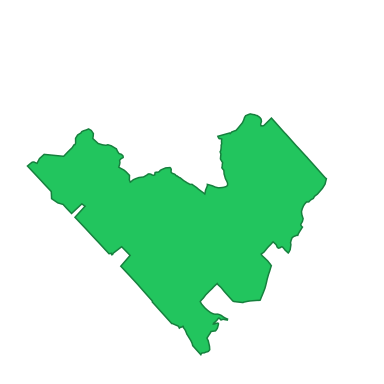 Salah, Ta`izz, Yemen (Albers equal-area conic projection), rotated 228°
{"feature_id": "15242507B73155733495218", "entity_name": "Salah", "entity_type": "district", "adm_level": 2, "iso_a3": "YEM", "parent_name": "Yemen", "parent_adm1": "Ta`izz", "projection": "albers", "projection_center": [44.04, 13.581], "detail": "fine", "context": "isolated", "style": "filled", "palette": "green", "viewbox_px": 384, "rotation_deg": 228, "n_neighbors": 0, "source": "geoboundaries", "source_scale": "gbopen_adm2", "svg_char_len": 5926}
<svg xmlns="http://www.w3.org/2000/svg" viewBox="0 0 384 384"><g transform="rotate(228 192 192)"><path d="M321.4,87.1L311.0,87.3L301.3,87.5L299.2,87.5L297.4,87.5L288.2,87.7L286.5,87.7L281.0,83.2L273.7,85.0L269.0,87.9L266.8,87.9L263.6,87.9L256.6,88.1L256.9,102.2L253.0,103.0L251.5,88.1L243.7,88.3L235.4,88.5L234.0,88.5L227.1,88.6L221.1,88.7L218.0,88.8L209.8,88.9L209.3,88.9L207.2,88.9L204.8,89.0L201.7,89.0L200.9,90.2L200.7,90.8L200.4,91.1L199.9,90.7L199.0,90.4L198.7,91.2L199.2,92.4L199.2,93.0L198.4,103.1L186.3,103.6L184.5,89.4L179.5,89.5L174.9,89.6L161.3,89.8L159.3,89.8L154.6,89.7L143.9,89.6L140.2,89.6L137.4,89.6L136.9,88.9L107.8,88.9L107.2,89.5L103.6,91.1L101.8,92.0L100.5,91.9L99.3,91.5L99.1,93.3L98.5,93.9L98.3,95.4L98.0,95.6L97.0,94.9L94.8,94.7L94.2,94.6L92.5,94.1L89.6,93.0L89.2,93.0L86.0,92.4L82.7,91.8L82.3,91.7L79.7,90.9L77.8,90.0L77.4,89.7L70.4,89.7L65.2,89.7L65.8,91.1L65.3,92.2L64.2,93.6L63.7,95.2L63.0,96.5L62.6,97.5L62.9,99.6L65.4,101.6L66.2,102.1L69.5,103.9L70.5,104.5L73.4,105.3L74.5,109.3L74.7,110.2L75.2,111.9L75.6,112.8L73.1,116.5L73.3,117.9L73.8,119.7L74.4,120.7L75.2,121.9L76.0,123.1L76.7,123.7L77.5,123.3L77.8,122.8L78.5,121.7L78.6,120.9L79.6,119.5L80.0,120.1L80.0,124.4L80.2,125.7L80.5,127.2L80.3,127.7L80.1,127.8L78.4,127.9L77.5,127.9L76.9,129.3L76.3,130.3L75.7,130.6L74.9,131.2L74.3,131.7L73.8,132.1L73.2,132.6L73.8,133.4L75.7,132.5L78.1,131.7L80.6,131.2L82.8,130.2L84.1,129.3L84.5,128.9L85.3,127.8L85.7,127.5L86.4,126.8L87.6,126.1L90.0,125.1L93.5,124.4L97.4,124.0L101.5,124.1L102.0,124.1L103.2,124.3L103.5,124.4L104.0,124.5L105.1,124.8L105.4,126.6L105.5,128.1L105.6,129.0L105.6,129.4L106.4,133.4L106.6,137.2L106.7,138.4L106.8,142.7L106.9,143.6L107.0,144.1L107.1,146.5L107.1,149.5L106.6,149.4L106.0,149.3L104.8,149.4L101.6,149.7L96.4,149.4L85.2,149.4L83.6,149.4L82.5,149.9L81.2,151.1L80.2,151.9L78.9,153.1L75.7,155.9L75.6,156.6L73.4,160.4L73.2,160.7L72.3,162.1L71.1,163.7L67.7,168.1L66.2,169.8L66.0,170.1L66.1,170.5L67.3,172.9L68.6,175.7L69.0,176.5L70.0,178.6L70.2,178.9L71.7,181.9L72.1,182.5L72.3,182.7L72.6,183.3L75.1,187.0L76.9,189.5L77.4,190.3L79.6,193.8L81.2,196.7L84.0,201.3L84.1,201.6L86.1,201.9L88.8,202.0L89.3,202.1L90.6,202.1L93.1,201.9L96.9,201.6L97.2,201.5L97.6,201.5L98.8,201.7L99.6,201.9L99.6,202.2L99.4,203.4L99.3,204.1L99.2,205.2L99.4,206.5L99.5,207.5L99.8,209.1L99.9,209.8L100.1,211.1L100.3,213.8L100.3,214.7L100.7,218.9L96.6,219.3L93.8,218.4L93.4,218.5L92.5,218.6L91.7,219.9L91.3,222.0L91.0,222.2L90.3,222.5L87.5,222.4L86.9,222.3L86.5,222.3L82.3,222.7L82.6,224.3L82.9,224.9L83.4,226.3L86.3,229.8L86.6,230.2L88.4,231.3L89.7,233.2L91.0,235.7L90.9,237.5L90.5,238.9L90.2,239.4L89.8,240.7L89.0,241.6L89.6,242.6L90.2,244.2L90.5,245.2L91.0,247.0L91.8,249.8L92.0,250.6L92.9,250.5L94.2,250.6L95.0,251.0L95.6,252.4L95.9,253.4L96.2,254.3L97.8,256.7L101.7,258.5L102.4,259.0L103.2,259.5L103.5,259.8L104.3,260.4L104.8,261.2L105.4,262.2L105.8,262.8L107.1,265.6L107.7,267.9L107.9,269.8L108.0,270.4L106.5,272.1L106.7,274.5L106.6,275.4L106.3,276.7L106.1,277.5L106.0,277.9L106.3,278.5L106.8,280.3L106.5,283.8L107.0,287.9L107.4,291.2L108.1,293.7L108.8,296.1L112.0,300.8L113.1,300.5L116.1,300.5L132.0,300.6L132.5,300.6L139.5,300.6L140.6,300.7L141.8,300.6L153.4,300.5L156.6,300.4L167.9,300.5L172.2,300.5L173.7,300.4L176.0,300.4L188.1,300.5L193.8,300.5L193.7,298.2L193.3,290.1L193.7,288.8L194.5,288.2L194.8,287.6L195.8,287.9L196.7,288.7L197.3,289.7L198.0,290.9L199.0,291.5L199.9,292.1L201.7,292.3L203.2,292.1L204.7,291.7L205.4,291.5L206.0,290.9L207.6,290.2L208.6,289.3L211.1,287.5L211.8,285.8L212.8,282.9L212.2,280.8L211.7,280.0L211.0,278.8L210.1,276.8L209.6,275.3L209.5,274.4L208.7,269.2L208.3,266.0L209.3,263.6L209.4,263.2L210.0,261.9L210.0,260.7L209.9,259.4L210.7,259.4L216.1,248.5L215.8,248.4L214.7,248.0L213.4,247.9L213.2,248.1L212.3,249.0L211.4,249.5L210.9,248.8L209.3,247.3L208.2,246.6L207.2,244.9L206.1,244.0L204.7,242.5L203.4,240.9L203.2,240.0L202.5,239.6L202.3,239.4L200.9,238.9L197.6,235.3L196.6,235.0L193.3,234.4L192.2,232.9L191.2,232.0L190.5,231.1L190.0,230.4L188.2,230.2L186.8,230.2L186.2,229.7L185.0,228.8L183.9,227.9L182.2,227.1L179.6,225.8L177.3,225.2L176.8,225.1L174.9,224.4L174.0,223.7L173.1,222.7L173.2,221.1L173.8,219.7L174.3,218.7L174.6,218.2L175.6,216.8L176.5,215.6L177.3,214.5L180.2,212.5L182.1,211.7L183.3,211.1L185.7,209.6L187.4,208.5L186.3,207.5L184.9,204.6L184.3,203.3L182.8,201.4L182.0,200.2L184.3,199.8L185.7,199.5L189.5,198.7L192.2,198.4L196.4,197.4L196.9,197.3L197.6,197.2L198.2,196.6L199.2,195.4L200.5,195.2L201.7,194.6L203.0,194.3L206.1,193.4L207.6,193.2L209.2,192.9L210.2,192.8L211.4,192.2L212.3,192.0L213.1,191.8L213.9,191.7L214.4,191.2L214.9,191.1L215.8,191.2L216.6,191.1L217.8,190.6L218.3,190.3L218.7,190.0L219.9,189.7L220.6,189.7L221.4,190.3L222.6,191.6L223.8,192.1L224.9,192.0L226.4,190.0L227.0,189.3L227.6,188.4L229.1,184.0L229.3,182.9L229.1,181.5L229.2,180.5L230.0,179.3L230.6,178.8L231.2,177.6L230.3,176.5L229.7,175.8L230.1,174.6L231.0,173.9L232.6,173.4L233.7,172.7L234.7,171.6L234.8,169.7L235.6,166.0L236.9,164.2L238.3,162.2L239.6,159.0L240.4,156.6L240.5,153.3L240.6,152.7L243.0,153.6L244.6,155.2L245.6,156.1L246.2,156.7L248.3,156.6L251.1,156.5L253.5,156.2L255.3,155.6L257.7,154.7L259.5,154.2L260.5,156.0L260.9,156.6L262.1,158.1L264.0,159.4L264.2,161.4L264.1,162.1L263.7,163.8L263.9,164.2L265.2,164.9L265.5,164.9L267.3,164.7L269.3,163.5L269.7,163.5L272.3,163.9L274.7,164.7L275.2,164.5L280.4,162.9L283.4,161.1L283.9,160.1L284.2,159.4L284.5,159.1L286.9,157.1L290.8,154.7L295.5,154.3L296.3,154.2L298.2,154.1L299.5,155.8L301.4,157.8L305.1,158.3L307.6,157.5L308.1,157.3L308.8,155.1L309.9,152.7L310.6,150.7L310.5,149.9L310.2,148.8L310.7,146.4L310.9,145.1L309.8,141.4L307.9,139.7L306.3,138.3L306.1,138.0L305.5,136.7L306.0,135.8L305.6,134.5L305.2,133.0L305.1,132.4L305.0,129.1L304.9,127.6L304.9,126.9L304.4,120.5L318.9,107.3L318.9,101.1L317.0,96.0L319.1,95.0L320.1,94.6L321.1,93.2L321.3,90.8L321.4,87.1Z" fill="#22c55e" stroke="#15803d" stroke-width="1.5"/></g></svg>